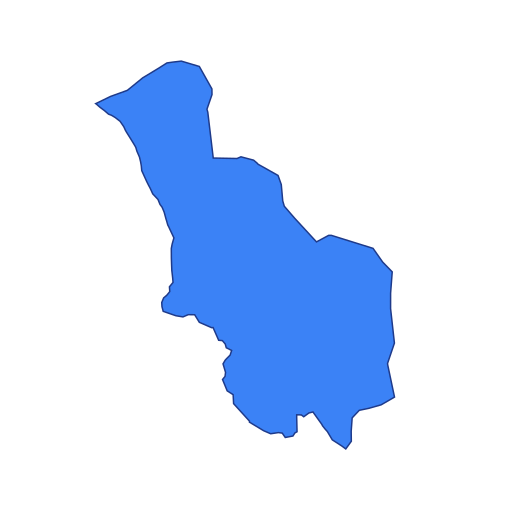 Umuahia North, Abia, Nigeria, rotated 350°
{"feature_id": "59680162B14302921886514", "entity_name": "Umuahia North", "entity_type": "district", "adm_level": 2, "iso_a3": "NGA", "parent_name": "Nigeria", "parent_adm1": "Abia", "projection": "equal_earth", "projection_center": [7.466, 5.592], "detail": "fine", "context": "isolated", "style": "filled", "palette": "blue", "viewbox_px": 512, "rotation_deg": 350, "n_neighbors": 0, "source": "geoboundaries", "source_scale": "gbopen_adm2", "svg_char_len": 1869}
<svg xmlns="http://www.w3.org/2000/svg" viewBox="0 0 512 512"><g transform="rotate(350 256 256)"><path d="M310.9,461.6L317.7,455.0L319.3,445.2L322.6,432.1L330.9,425.9L340.6,425.6L353.4,424.3L367.9,419.0L366.8,386.0L366.9,384.6L377.2,365.8L379.4,331.2L382.1,316.0L387.4,295.3L379.7,284.0L372.6,268.8L333.9,248.8L331.1,248.3L318.0,252.6L300.5,225.3L292.5,211.9L291.9,206.4L293.3,190.0L291.7,180.5L274.0,166.0L273.2,164.7L270.3,161.2L258.4,155.7L255.0,156.5L254.3,156.7L230.9,152.1L233.5,106.0L233.2,102.9L240.7,89.4L241.6,83.8L233.1,59.5L216.3,51.1L207.8,50.6L201.8,50.4L193.1,54.0L175.5,60.8L158.1,70.5L140.4,73.6L124.6,78.1L125.0,78.5L128.4,82.7L131.9,86.4L135.4,90.7L138.1,92.3L141.2,95.0L145.5,99.7L148.2,105.6L149.3,109.8L150.1,111.9L151.2,114.6L153.1,119.3L155.0,124.1L156.2,127.3L156.5,128.3L156.9,132.0L158.4,138.3L158.7,143.1L158.7,147.3L158.3,152.1L159.8,157.9L161.3,163.7L162.4,167.4L163.6,171.1L165.1,176.9L169.3,183.3L170.4,188.5L172.0,191.7L173.1,196.5L173.2,197.2L173.8,203.9L174.1,206.2L174.5,210.2L175.0,211.7L175.8,214.7L178.3,223.9L175.5,229.7L173.9,233.9L173.1,238.7L172.3,243.4L171.4,249.7L170.6,255.5L170.1,263.4L169.7,267.6L165.4,271.3L164.9,276.0L164.2,276.7L161.4,279.1L157.8,281.2L155.1,285.4L154.6,289.6L155.0,294.4L166.7,300.9L173.5,303.3L179.1,302.0L185.4,303.2L188.7,311.5L199.9,318.9L201.3,319.0L204.6,332.5L208.2,333.5L210.4,337.3L210.8,341.2L215.6,344.8L213.3,349.1L209.3,351.9L207.6,353.2L204.8,356.5L205.8,365.3L204.6,369.2L201.6,371.8L204.2,383.8L209.4,388.6L208.3,397.5L220.9,417.5L220.7,418.5L233.2,429.4L239.6,433.6L247.4,433.8L251.1,435.0L253.3,439.8L261.1,439.7L263.6,437.0L265.9,436.2L268.1,421.7L268.5,419.5L271.4,420.0L272.4,420.3L273.1,420.4L275.1,422.6L280.8,419.8L285.0,419.5L291.6,433.3L292.0,434.7L294.0,438.4L295.8,441.3L299.2,450.3L307.5,458.0L310.9,461.6Z" fill="#3b82f6" stroke="#1e3a8a" stroke-width="1.5"/></g></svg>